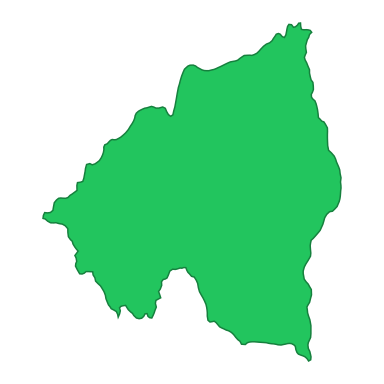 the district of Taiobeiras, Minas Gerais, Brazil
{"feature_id": "56859067B11506596439375", "entity_name": "Taiobeiras", "entity_type": "district", "adm_level": 2, "iso_a3": "BRA", "parent_name": "Brazil", "parent_adm1": "Minas Gerais", "projection": "equal_earth", "projection_center": [-42.062, -15.819], "detail": "fine", "context": "isolated", "style": "filled", "palette": "green", "viewbox_px": 384, "rotation_deg": 0, "n_neighbors": 0, "source": "geoboundaries", "source_scale": "gbopen_adm2", "svg_char_len": 4963}
<svg xmlns="http://www.w3.org/2000/svg" viewBox="0 0 384 384"><path d="M311.7,32.3L310.2,30.4L308.3,29.9L306.4,29.7L303.8,29.8L301.4,29.4L300.7,26.2L300.5,23.0L298.7,23.2L297.4,25.2L295.4,26.8L293.5,27.3L291.5,24.7L288.9,24.4L287.6,26.4L287.0,28.9L286.5,31.7L285.9,34.8L284.4,37.5L282.2,36.6L280.2,34.2L278.4,33.5L276.3,34.2L275.0,36.3L273.4,38.5L272.2,40.6L269.7,42.8L266.4,44.1L263.5,46.3L260.9,49.0L259.1,51.1L256.8,53.3L254.0,54.7L251.8,55.4L249.8,55.2L247.2,55.3L244.2,55.5L241.9,57.0L239.9,58.4L237.7,60.2L235.4,61.0L233.1,61.4L230.4,61.9L227.8,63.0L225.5,64.1L223.3,65.2L220.7,66.5L218.2,67.6L216.1,68.6L214.1,69.4L211.5,70.0L208.8,70.7L206.3,70.7L204.0,70.5L201.8,69.8L199.8,68.7L197.5,67.5L195.6,66.0L193.2,65.1L190.0,65.2L187.9,66.1L186.2,67.6L184.5,69.2L183.2,72.1L181.6,76.2L180.4,80.2L179.4,84.2L178.4,87.4L177.8,90.5L177.3,93.1L176.8,96.0L176.3,99.0L175.6,102.9L174.9,106.8L173.7,111.1L172.9,114.8L170.7,116.3L168.4,114.6L166.6,111.5L165.3,108.3L162.7,107.0L160.9,107.5L158.9,108.1L155.9,108.1L153.9,107.1L151.5,106.4L149.2,107.1L147.0,107.8L144.7,108.2L142.8,109.0L140.5,110.1L138.5,111.2L136.3,113.2L135.2,115.5L134.7,118.1L133.7,120.8L132.2,123.5L130.3,126.3L128.4,129.5L125.7,132.8L124.0,134.4L122.4,135.8L120.7,137.2L118.8,138.3L116.3,139.6L114.2,139.8L112.2,139.5L110.5,140.3L109.0,141.8L107.2,143.8L104.8,144.8L103.8,147.1L103.9,149.6L103.4,152.5L102.5,155.1L101.3,157.7L99.4,160.6L97.4,162.2L95.0,163.9L92.2,164.8L89.8,163.6L86.6,164.5L85.5,168.4L85.1,171.6L84.6,174.1L83.9,178.0L82.8,181.4L80.5,182.2L77.5,182.6L76.9,185.4L77.0,190.4L72.2,194.0L70.1,195.3L68.0,197.5L65.7,198.3L63.0,198.2L60.6,198.0L58.6,198.3L56.5,200.0L54.3,202.7L53.5,206.8L52.9,210.4L50.4,212.5L47.4,212.9L44.7,212.6L43.4,215.4L43.0,218.4L45.2,219.0L47.7,221.2L50.6,222.8L53.7,222.9L56.0,222.7L59.1,223.6L62.3,224.1L65.3,225.8L67.8,228.7L67.9,232.6L68.4,236.7L70.5,239.7L72.2,241.2L73.1,244.2L74.9,247.1L76.3,249.0L78.1,251.1L76.7,253.1L74.9,255.5L76.1,257.9L76.7,261.4L75.8,263.6L75.5,266.1L77.3,269.7L79.7,273.8L82.1,274.0L84.2,273.2L86.0,271.6L88.9,271.6L92.7,271.8L93.1,274.9L94.9,277.8L95.6,281.1L97.9,283.5L100.5,285.9L101.9,288.1L104.0,291.6L105.4,295.3L106.0,298.8L107.4,302.3L108.5,304.9L110.0,306.7L111.2,308.7L113.6,309.9L116.3,311.5L117.6,314.2L118.2,317.1L119.6,313.9L120.3,310.8L119.5,307.8L121.0,306.3L122.8,305.8L125.6,305.4L127.1,307.8L128.3,309.7L130.8,312.1L132.5,313.4L133.8,315.5L136.4,318.0L139.1,318.7L141.7,318.2L143.7,316.4L145.0,313.9L147.1,313.6L148.0,316.4L149.7,317.7L151.8,318.0L153.2,315.2L154.2,312.8L155.0,310.3L156.3,307.1L155.4,303.4L155.9,300.4L158.4,299.0L160.7,297.8L159.6,294.4L158.6,291.5L160.3,289.0L161.7,285.3L161.5,281.7L163.3,279.4L165.3,279.0L167.0,278.0L168.4,274.9L169.8,271.1L172.6,269.2L175.4,269.4L177.7,268.8L180.0,268.0L181.9,268.2L183.6,267.6L185.8,267.6L186.9,270.4L188.0,272.4L189.7,274.1L191.5,276.3L194.3,277.1L196.3,280.3L197.7,283.5L198.4,287.8L199.5,291.7L201.3,295.0L203.0,297.9L204.5,300.9L206.0,304.4L206.7,307.5L207.1,310.3L207.3,312.8L207.3,316.2L208.0,320.3L210.0,322.0L212.4,321.6L214.2,321.2L216.0,322.5L217.7,324.5L219.6,326.8L221.6,327.9L223.7,328.8L226.3,330.1L228.4,330.7L230.6,331.9L232.4,333.3L234.0,335.0L235.9,337.5L237.9,339.7L240.0,341.3L241.5,344.2L245.3,344.5L247.4,342.7L249.7,342.0L252.0,341.8L254.6,341.8L258.2,342.1L263.5,342.5L266.3,342.7L268.7,343.3L271.2,343.7L273.8,343.9L276.1,344.3L278.0,344.8L281.1,345.0L283.4,344.5L285.4,344.1L287.4,343.6L289.4,343.4L291.5,343.6L293.8,344.8L295.3,346.3L295.9,349.7L297.0,352.5L298.4,354.1L300.8,355.1L303.4,356.0L305.3,357.0L307.1,358.7L308.6,361.0L310.7,359.8L311.0,356.9L310.5,354.4L309.8,351.5L308.3,348.4L307.9,345.0L308.3,342.6L309.4,340.2L310.6,337.5L310.9,333.7L310.9,329.9L310.9,325.7L310.4,322.7L309.8,319.6L308.6,316.3L307.6,312.9L307.3,309.8L306.9,307.0L308.3,304.4L309.6,302.3L310.5,298.6L311.5,294.9L311.3,289.5L309.5,286.5L308.2,284.1L306.1,281.8L304.2,279.1L303.7,276.2L303.2,273.5L303.2,271.0L304.3,267.0L305.9,263.9L307.8,260.9L309.4,258.2L310.5,256.2L310.8,253.1L310.4,248.7L310.2,245.6L310.6,242.8L311.2,240.2L313.1,238.5L315.1,236.3L317.1,234.0L318.8,232.0L320.2,230.2L321.5,227.3L322.8,224.4L323.7,221.4L324.7,217.8L326.7,214.4L329.6,211.7L332.5,211.2L334.9,208.9L337.1,206.5L338.3,203.6L339.2,201.5L339.9,198.8L340.3,196.1L340.5,193.5L340.7,190.5L341.0,188.1L340.9,185.4L340.5,182.0L341.0,177.8L340.1,173.5L339.7,169.9L338.8,167.3L337.9,165.2L336.5,162.0L335.6,159.1L334.2,156.1L331.5,153.0L328.6,150.3L327.7,145.7L327.5,141.1L327.4,138.1L327.4,134.6L327.5,131.5L327.4,127.9L325.5,124.4L323.9,121.9L321.7,121.1L320.1,119.2L318.4,117.6L318.1,114.0L317.5,109.6L316.8,106.5L316.1,103.8L314.9,100.8L313.0,99.2L311.5,97.2L311.3,94.4L312.5,92.1L313.4,89.5L313.3,86.2L312.9,82.4L311.1,79.9L310.3,76.9L309.5,73.1L309.5,69.7L308.1,66.5L306.7,62.9L305.1,59.9L304.4,57.4L305.2,55.0L306.4,52.4L305.8,48.7L305.6,45.8L306.4,42.9L307.3,39.7L308.7,37.3L309.5,34.5L311.7,32.3Z" fill="#22c55e" stroke="#15803d" stroke-width="1.5"/></svg>